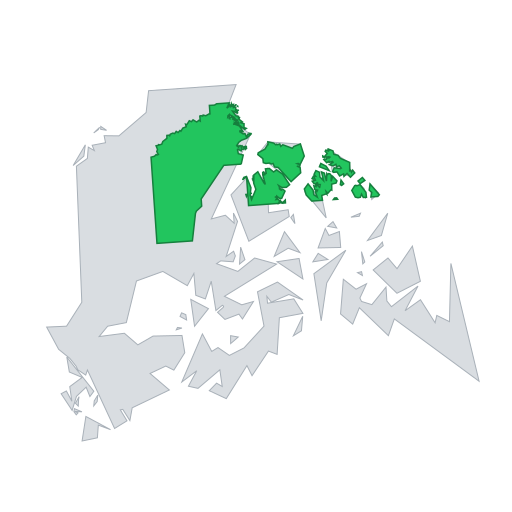 Northwest Territories on a map of Canada (Mercator projection), rotated 86°
{"feature_id": "CAN-635", "entity_name": "Northwest Territories", "entity_type": "Territory", "adm_level": 1, "iso_a3": "CAN", "parent_name": "Canada", "parent_adm1": "", "projection": "mercator", "projection_center": [-123.126, 69.383], "detail": "fine", "context": "in_parent", "style": "filled", "palette": "green", "viewbox_px": 512, "rotation_deg": 86, "n_neighbors": 0, "source": "natural_earth", "source_scale": "10m", "svg_char_len": 9874}
<svg xmlns="http://www.w3.org/2000/svg" viewBox="0 0 512 512"><g transform="rotate(86 256 256)"><path d="M126.6,384.4L105.2,355.6L83.6,351.6L83.6,263.9L106.1,274.5L103.5,269.9L128.5,258.7L116.2,268.2L113.3,272.8L114.2,273.9L134.6,253.2L215.9,298.0L213.2,283.7L221.8,275.5L211.6,275.5L220.2,272.0L254.4,285.8L249.7,278.0L254.5,276.6L260.2,279.2L258.4,291.5L260.9,295.9L270.1,275.2L257.9,257.5L265.5,236.0L294.0,290.3L303.7,273.6L301.2,261.7L317.9,273.9L312.8,277.1L317.1,291.4L309.5,298.3L305.0,292.3L303.8,291.8L302.8,293.0L307.6,299.8L278.0,302.4L295.3,309.5L291.0,318.8L269.1,319.2L280.8,326.6L264.9,350.0L272.6,377.0L313.4,390.0L315.7,408.9L325.4,418.1L323.9,392.7L336.4,380.1L328.7,364.3L330.1,335.4L347.5,333.8L364.1,345.9L359.5,353.7L365.8,369.9L383.6,351.8L398.8,390.1L411.4,393.3L399.7,399.6L400.0,402.1L411.4,396.2L418.2,409.1L358.0,432.1L362.9,434.2L357.1,441.7L353.4,443.1L345.1,448.9L335.3,459.4L312.3,469.8L312.8,449.9L290.0,433.0L153.9,428.9L146.9,417.4L135.7,415.7L139.6,409.9L134.1,411.7L132.5,398.2L125.4,399.1L126.6,384.4ZM297.0,248.0L303.9,247.8L301.4,221.3L316.5,213.2L319.2,237.0L355.6,241.8L351.7,250.2L375.1,268.3L364.7,272.7L396.2,295.6L387.1,312.0L380.1,304.2L383.8,298.8L367.0,300.0L384.0,323.1L381.2,332.5L366.3,323.1L376.5,338.8L330.0,314.9L348.1,306.8L344.7,300.3L353.3,289.5L346.9,274.4L326.5,252.9L291.8,257.0L283.5,236.4L303.2,212.1L296.7,225.9L303.1,243.9L297.0,248.0ZM277.0,62.1L396.5,42.2L328.4,122.4L344.7,129.5L314.8,156.5L330.7,164.3L319.7,175.7L285.3,170.5L296.1,158.5L291.4,147.7L305.2,155.3L308.7,153.9L312.6,143.8L296.1,128.5L310.0,128.6L316.0,124.4L297.3,96.5L321.0,111.1L311.1,95.0L335.1,82.0L327.9,79.8L335.0,67.6L277.0,62.1ZM169.9,238.8L213.7,240.5L212.1,220.7L218.9,220.1L240.8,262.1L193.3,276.7L176.9,259.3L198.7,256.3L169.9,238.8ZM373.3,450.9L365.0,437.9L358.7,450.3L343.6,451.8L379.6,427.2L384.6,431.5L375.0,434.6L383.5,444.9L397.2,450.2L379.8,460.0L377.4,454.6L388.1,449.8L373.3,450.9ZM147.5,203.9L184.0,215.9L154.8,247.0L143.0,236.1L147.5,203.9ZM257.0,99.3L292.7,93.8L303.0,118.0L278.1,140.1L267.2,124.5L278.5,116.2L257.0,99.3ZM256.5,166.0L287.8,187.3L325.2,195.5L277.7,199.5L256.5,166.0ZM175.3,190.1L222.9,183.3L195.3,202.9L188.0,199.2L201.1,190.8L175.3,190.1ZM419.1,413.2L413.7,425.1L426.3,426.9L428.4,442.4L404.2,436.9L419.1,413.2ZM233.7,225.9L255.7,211.9L250.5,223.3L257.7,237.9L233.7,225.9ZM294.7,324.1L305.2,307.1L321.8,322.2L294.7,324.1ZM261.5,213.2L282.2,210.8L263.2,235.4L261.5,213.2ZM183.4,155.3L176.8,174.0L154.5,176.4L169.5,156.4L183.4,155.3ZM253.4,170.9L252.3,193.5L233.4,185.0L240.6,181.8L237.4,171.1L253.4,170.9ZM222.5,121.6L244.3,129.5L248.3,143.7L222.5,121.6ZM133.2,418.5L144.4,420.8L153.0,432.1L133.2,418.5ZM319.4,213.6L333.8,215.9L338.2,224.3L319.4,213.6ZM246.1,270.7L258.9,267.3L262.9,273.0L246.1,270.7ZM264.5,184.5L265.8,199.7L257.7,193.8L264.5,184.5ZM254.6,128.4L264.2,142.2L250.9,129.0L254.6,128.4ZM335.6,279.4L341.6,287.4L333.7,286.9L335.6,279.4ZM196.1,143.5L206.6,142.6L192.3,147.1L196.1,143.5ZM226.4,214.9L220.1,218.6L217.1,215.8L226.4,214.9ZM399.3,440.5L398.4,447.6L400.1,444.5L401.9,446.4L398.6,448.5L395.6,447.8L399.3,440.5ZM201.7,129.3L207.7,136.6L192.2,137.2L201.7,129.3ZM394.2,428.3L389.3,427.5L383.7,423.5L390.1,424.6L394.2,428.3ZM315.0,329.7L311.0,336.0L307.5,334.2L309.6,330.1L315.0,329.7ZM115.9,401.8L120.2,396.3L118.8,402.1L115.9,401.8ZM259.0,150.5L269.5,147.9L271.3,150.0L259.0,150.5ZM233.7,173.5L231.4,182.4L227.1,176.8L233.7,173.5ZM384.0,442.3L386.8,443.0L393.3,443.8L390.3,446.4L384.0,442.3ZM322.7,334.9L324.1,340.7L321.8,339.3L322.7,334.9ZM175.7,177.0L170.6,186.2L168.3,184.7L175.7,177.0ZM282.9,151.2L279.7,155.9L279.0,151.8L282.9,151.2ZM223.6,150.3L223.9,158.6L220.6,148.8L223.6,150.3ZM116.7,403.0L119.0,404.6L121.9,409.3L116.7,403.0Z" fill="#d9dde1" stroke="#a8b0b8" stroke-width="1"/><path d="M101.4,272.1L106.5,274.8L105.1,272.8L105.8,272.9L103.2,271.7L105.1,270.8L103.5,270.1L103.3,268.7L105.5,270.0L103.7,267.9L106.4,268.2L106.0,266.5L106.5,265.8L109.1,266.2L108.7,265.4L109.4,264.0L109.1,263.0L110.5,265.1L112.0,265.0L110.1,268.1L109.8,269.4L114.8,266.3L115.4,263.8L116.8,264.1L117.6,263.5L116.4,263.6L116.7,262.8L118.3,263.5L121.2,260.3L122.0,261.9L123.2,258.7L127.0,259.0L128.0,256.8L129.0,258.5L123.0,264.8L122.6,264.0L118.9,265.2L117.6,268.4L117.2,267.8L116.9,269.3L116.7,267.9L115.8,268.3L115.3,269.7L115.4,271.3L114.5,270.3L113.0,272.8L114.1,274.2L115.2,274.4L113.4,272.8L117.0,273.2L117.3,272.6L115.8,272.7L116.2,271.9L115.4,270.5L117.0,269.5L117.2,268.5L117.0,269.9L117.6,268.5L118.0,269.4L120.0,266.7L119.2,266.4L121.1,266.3L120.8,267.4L121.8,265.5L121.4,267.6L122.2,266.8L121.8,264.6L122.2,267.0L122.3,264.2L122.3,267.5L123.0,265.1L122.6,267.4L123.2,266.8L122.7,268.8L123.1,269.6L123.0,268.1L125.2,263.4L131.1,260.2L130.9,261.7L129.9,261.8L130.0,263.3L130.9,263.5L133.3,260.3L133.2,258.4L136.5,257.3L133.9,255.5L134.5,253.0L137.9,257.0L139.6,262.6L141.4,265.3L144.6,267.6L146.0,266.1L143.9,266.5L145.9,265.7L144.6,264.3L144.9,263.4L147.0,263.1L145.2,262.1L147.8,260.1L145.5,259.9L148.6,259.3L147.3,258.5L148.1,258.0L148.8,259.1L148.1,260.3L148.7,261.5L148.3,262.9L150.1,263.5L148.2,266.6L148.6,267.1L152.7,266.5L154.4,261.7L162.8,264.2L163.3,264.9L163.3,281.8L195.3,306.7L202.5,306.7L207.0,312.3L209.2,313.4L236.5,318.4L236.5,353.9L150.1,353.8L149.4,350.3L147.8,348.5L148.4,347.7L147.9,346.3L144.9,347.7L142.8,346.8L139.1,348.0L138.7,345.5L138.1,345.4L138.4,344.5L137.9,342.2L135.3,341.0L132.4,336.7L129.5,336.5L129.4,334.2L130.0,333.7L128.5,333.0L127.6,330.4L128.2,328.6L126.1,326.9L127.4,325.1L125.5,323.1L126.3,322.2L123.3,320.1L122.2,316.6L119.6,317.1L120.1,315.8L116.4,313.1L117.5,311.1L115.8,309.3L118.2,305.8L116.6,303.4L117.5,302.2L112.5,302.3L112.2,301.2L112.7,299.4L111.7,298.9L112.6,296.3L110.7,292.4L111.7,292.0L102.5,292.0L102.6,286.9L101.4,284.7L101.4,272.1ZM179.1,264.1L176.7,262.6L176.0,260.0L187.5,256.3L195.0,257.6L199.5,256.5L189.5,251.5L183.3,253.2L175.0,252.5L172.1,248.3L182.7,243.4L180.9,242.7L183.9,242.6L185.3,241.7L176.2,243.4L175.5,242.0L175.5,243.6L173.1,243.5L172.6,242.4L175.1,241.3L173.9,240.5L175.0,240.0L169.7,240.5L169.6,236.6L173.4,232.6L171.5,229.6L176.2,223.8L187.2,217.5L189.6,220.9L189.5,225.3L187.3,228.5L191.4,226.7L190.5,227.9L190.8,227.9L191.7,226.9L191.0,225.7L191.9,223.9L193.3,222.5L200.4,226.4L200.1,228.5L197.7,231.1L198.6,231.2L198.3,233.1L200.1,229.7L199.8,231.2L201.1,232.1L200.9,230.5L202.4,228.3L205.1,229.9L205.2,259.9L195.3,259.9L194.7,261.0L195.7,261.4L193.9,261.8L193.8,259.9L177.2,259.9L177.1,261.2L179.1,264.1ZM184.3,215.8L169.2,227.7L168.5,231.3L164.9,232.5L165.3,234.2L164.2,236.2L164.4,239.7L163.4,242.2L159.3,242.4L155.0,247.1L153.2,246.6L150.0,239.6L145.3,236.3L146.5,236.2L142.9,236.2L144.6,230.5L146.5,228.4L145.9,227.6L146.5,226.7L145.9,224.5L148.4,223.6L146.9,221.5L151.1,212.2L149.4,210.6L147.3,203.9L159.7,200.9L167.8,205.6L166.6,207.4L166.8,208.4L168.0,205.7L169.3,205.9L169.6,207.6L169.1,209.0L170.9,205.8L176.1,205.6L184.3,215.8ZM205.1,196.5L198.6,201.7L192.5,203.1L187.7,199.0L194.2,194.5L198.9,194.1L201.6,190.7L195.9,192.4L195.4,192.0L196.0,190.8L194.6,190.0L193.9,192.6L189.9,193.4L190.9,191.3L189.7,191.4L190.2,189.3L190.3,189.0L191.0,188.6L192.1,187.8L192.1,187.7L189.2,186.9L188.7,190.8L187.5,189.4L187.0,189.9L188.3,191.5L187.7,193.2L185.3,194.7L184.5,191.4L182.9,192.0L183.4,193.6L182.7,194.7L180.6,193.3L181.4,192.3L180.3,192.5L180.6,191.0L178.6,192.4L175.0,190.3L176.9,186.8L181.5,186.8L185.5,183.4L176.7,184.8L178.1,182.0L186.2,180.5L178.7,179.6L179.8,178.9L178.9,177.9L179.1,176.6L181.0,175.2L186.8,175.9L181.9,173.9L186.7,170.0L188.8,171.0L189.6,175.5L195.6,175.8L195.2,176.6L198.4,179.9L196.4,181.6L199.4,181.1L198.9,181.6L200.2,186.2L205.1,185.8L205.1,196.5ZM170.0,176.4L167.9,172.6L167.0,173.1L167.7,176.6L166.7,176.7L167.9,179.0L164.4,181.7L164.0,181.0L164.4,179.0L163.2,178.5L163.3,176.2L162.5,175.3L162.0,176.3L162.2,179.2L160.8,180.0L158.7,177.8L156.4,179.7L155.2,178.9L156.2,176.9L155.3,176.7L156.2,176.2L155.7,175.7L154.0,177.1L156.5,171.9L160.0,171.2L161.3,167.1L164.5,165.0L169.2,156.0L177.5,156.6L177.0,155.6L179.1,154.9L177.1,153.6L180.0,151.7L184.0,156.3L180.0,159.4L182.7,162.7L180.2,162.9L182.0,167.0L177.7,169.4L178.0,172.7L177.2,173.8L173.5,171.8L174.8,165.6L174.3,164.8L171.8,166.6L172.6,169.4L170.1,169.9L171.5,172.9L170.0,176.4ZM205.1,144.9L201.6,146.4L204.7,147.8L205.0,150.2L204.2,152.8L197.3,155.9L192.7,152.6L192.4,151.4L193.0,150.6L192.1,147.2L200.1,141.9L205.1,141.7L205.1,144.9ZM205.1,137.3L200.6,136.1L198.2,138.5L192.1,137.2L203.5,128.7L205.1,130.3L205.1,137.3ZM175.9,177.1L171.4,186.5L168.2,184.9L171.3,179.8L175.9,177.1ZM188.2,142.1L191.1,147.1L188.3,149.0L185.1,144.4L188.2,142.1ZM186.2,165.9L190.1,163.5L191.6,165.7L190.7,166.9L186.2,165.9ZM205.1,226.0L204.1,226.2L204.5,225.5L202.2,222.9L205.1,222.9L205.1,226.0ZM205.1,174.9L203.6,173.6L203.6,171.5L205.1,170.6L205.1,174.9ZM160.9,182.4L162.5,179.9L162.0,182.4L160.9,182.4ZM205.0,226.5L204.8,227.2L204.0,227.0L205.0,226.5ZM196.0,255.8L198.6,256.3L196.9,256.4L196.0,255.8ZM133.5,252.4L134.2,252.8L133.2,253.6L133.5,252.4ZM176.8,253.0L178.2,253.5L176.5,253.3L176.8,253.0ZM102.3,269.9L102.9,269.7L103.1,270.1L102.3,269.9ZM104.9,266.8L105.7,266.7L106.0,267.3L105.9,267.7L104.9,266.8ZM105.2,264.7L105.1,263.9L105.5,263.8L105.2,264.7ZM179.9,253.6L181.1,253.7L179.7,253.8L179.9,253.6ZM204.8,228.6L205.0,229.2L204.1,228.6L204.8,228.6ZM103.8,265.6L104.8,266.1L103.8,265.8L103.8,265.6ZM111.7,264.5L110.9,264.6L111.7,264.4L111.7,264.5ZM192.6,256.5L193.2,256.3L193.6,256.5L192.6,256.5ZM178.6,253.5L179.2,253.3L179.6,253.5L178.6,253.5ZM182.0,253.2L182.3,253.2L181.4,253.5L182.0,253.2ZM178.5,254.0L179.4,254.5L178.4,254.0L178.5,254.0ZM146.5,258.0L146.1,258.5L145.8,258.4L146.0,258.0L146.5,258.0ZM203.1,228.0L203.3,228.4L202.8,228.0L203.1,228.0ZM203.7,227.4L204.1,227.4L203.5,227.5L203.7,227.4ZM203.3,227.7L203.8,227.9L203.2,227.8L203.3,227.7Z" fill="#22c55e" stroke="#15803d" stroke-width="1.5"/></g></svg>